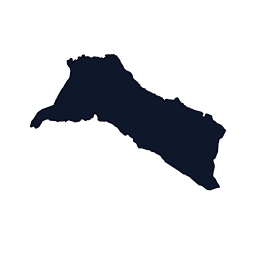 Golakonneh, Grand Cape Mount, Liberia, rotated 73°
{"feature_id": "62588387B70898832426748", "entity_name": "Golakonneh", "entity_type": "district", "adm_level": 2, "iso_a3": "LBR", "parent_name": "Liberia", "parent_adm1": "Grand Cape Mount", "projection": "natural_earth1", "projection_center": [-10.924, 7.106], "detail": "fine", "context": "isolated", "style": "filled", "palette": "ink", "viewbox_px": 256, "rotation_deg": 73, "n_neighbors": 0, "source": "geoboundaries", "source_scale": "gbopen_adm2", "svg_char_len": 5544}
<svg xmlns="http://www.w3.org/2000/svg" viewBox="0 0 256 256"><g transform="rotate(73 128 128)"><path d="M98.4,220.4L98.5,219.6L98.1,217.8L98.6,217.1L99.4,216.8L100.5,216.4L101.1,215.9L100.8,214.5L100.5,213.7L100.4,213.0L100.2,212.7L99.7,212.0L99.1,211.4L98.7,211.2L97.6,209.6L96.6,208.8L96.0,208.0L96.0,207.8L95.7,206.6L95.5,204.6L95.4,203.5L95.5,202.3L95.5,201.9L96.5,200.5L97.6,200.1L98.0,199.0L98.6,197.3L99.2,196.0L99.3,195.9L99.5,194.7L100.1,194.1L101.1,193.5L100.9,192.0L101.1,191.3L101.3,190.6L101.4,190.2L101.8,189.1L102.1,188.0L101.9,187.0L101.8,186.4L102.6,186.0L103.1,185.7L103.3,185.7L103.1,184.7L102.5,183.1L103.0,181.3L103.9,180.6L104.6,179.2L104.9,178.7L105.2,178.1L106.2,177.3L106.6,176.1L106.9,172.4L106.4,171.4L105.6,170.7L105.4,170.2L105.5,169.2L106.1,168.4L106.3,168.0L106.4,167.8L107.4,167.0L108.2,166.5L108.3,166.0L108.0,165.5L107.8,164.6L107.8,163.8L108.2,162.4L108.3,162.5L108.3,161.9L107.9,161.4L107.5,160.9L107.5,159.6L107.3,158.7L106.7,158.1L105.1,157.1L103.7,156.2L103.7,155.8L104.4,155.5L104.9,154.7L105.4,153.8L106.6,153.6L107.1,153.5L108.2,153.4L109.0,152.9L110.2,153.7L111.0,153.9L111.7,153.8L112.7,152.9L113.6,150.7L113.7,149.9L114.4,148.7L114.5,147.4L115.0,146.2L115.7,145.4L117.2,144.0L118.2,142.4L118.4,142.2L119.2,141.6L120.2,140.5L120.8,140.3L121.3,140.1L122.2,139.5L122.3,139.4L122.5,139.2L123.6,137.9L125.3,137.1L125.6,137.0L126.1,136.8L127.3,136.4L128.7,136.1L129.9,135.4L130.4,135.0L132.2,133.9L133.4,133.3L133.8,132.5L134.0,132.2L133.5,131.1L133.3,130.5L134.2,129.2L136.6,128.2L137.2,127.9L137.8,127.0L137.9,126.9L138.4,126.2L139.6,125.9L140.9,125.9L141.9,126.3L143.5,125.4L144.3,124.3L144.5,124.2L145.9,123.7L147.1,123.9L148.5,123.6L149.4,123.3L149.9,123.3L150.0,123.0L150.4,122.2L150.5,121.0L151.9,118.9L153.4,116.7L153.8,116.0L154.3,115.4L154.3,114.7L154.7,114.0L155.1,113.3L156.5,112.6L157.4,111.4L157.9,110.1L159.0,108.9L159.2,109.0L159.9,108.4L160.4,107.9L162.0,106.4L163.5,104.6L164.3,104.4L165.4,104.2L166.2,103.9L167.6,103.3L167.8,103.2L168.6,102.6L169.8,102.0L170.9,102.1L171.7,101.3L173.1,100.2L177.0,96.9L177.7,96.3L180.8,93.7L184.2,90.9L184.7,90.6L186.0,89.6L187.8,88.3L188.8,86.3L190.7,85.0L191.4,84.1L192.3,82.9L192.6,82.8L194.4,81.9L197.3,80.0L200.0,78.4L202.0,77.1L203.1,76.2L203.7,74.7L205.1,73.4L205.5,72.9L207.3,71.8L208.9,70.8L209.5,70.2L209.8,69.9L209.9,69.7L210.6,68.3L211.0,66.7L210.8,65.2L210.8,63.1L210.6,61.7L210.8,60.2L211.0,58.1L209.7,58.2L208.4,58.5L206.8,59.1L204.5,59.5L203.6,59.6L202.6,59.7L201.8,60.3L201.8,60.1L201.6,60.2L199.7,61.2L197.8,61.1L197.4,60.9L195.3,59.9L192.8,58.5L190.4,57.1L189.6,56.9L188.8,56.6L186.4,56.7L185.0,56.7L184.1,56.6L182.7,55.9L182.0,54.3L182.0,53.8L176.7,49.5L169.3,46.7L164.8,44.0L164.3,40.9L159.0,35.8L158.8,35.6L157.5,36.5L155.8,37.0L153.0,38.2L152.1,39.2L151.2,40.1L150.3,41.5L149.3,42.2L147.7,42.9L146.3,44.3L145.0,45.0L143.7,45.0L142.4,44.9L140.8,44.9L139.9,46.1L139.5,46.9L138.7,47.4L137.8,48.8L138.0,49.7L139.6,50.8L140.1,51.4L140.1,52.2L139.4,53.3L138.5,53.9L137.7,53.9L137.0,53.0L136.0,52.4L134.7,53.2L133.1,55.7L131.5,58.5L130.1,60.3L129.3,61.1L128.7,61.7L127.9,63.3L127.1,63.6L126.6,64.5L126.0,65.5L125.0,66.4L123.8,66.9L122.5,68.4L121.0,68.4L120.2,69.6L119.6,70.2L118.5,70.7L117.9,70.7L117.2,71.0L116.0,71.5L115.0,71.5L114.0,71.8L113.6,72.8L113.9,73.9L114.7,74.7L114.9,75.8L115.3,76.9L114.4,77.8L113.8,79.4L113.7,79.5L113.0,81.2L112.2,82.4L112.0,83.4L112.2,83.9L113.0,84.3L113.4,84.6L113.2,85.3L112.5,85.7L110.8,86.3L109.5,86.8L109.1,87.2L108.6,88.2L107.9,88.4L107.4,88.9L107.3,89.7L106.1,90.7L105.3,92.1L104.6,92.3L104.0,92.5L103.7,92.5L103.4,93.1L103.2,94.1L102.8,94.5L101.8,95.1L101.2,95.9L100.4,96.6L99.4,97.9L98.0,99.5L97.0,100.2L96.0,100.3L95.2,101.3L94.4,102.8L93.2,103.3L92.0,104.5L90.7,104.4L89.9,104.4L89.4,105.5L89.0,106.0L88.0,105.5L87.7,105.6L85.8,106.9L84.0,108.1L82.5,108.8L81.8,109.2L80.8,109.1L79.7,108.9L78.0,109.0L76.4,109.6L75.1,110.4L74.7,111.1L73.4,112.5L72.6,113.6L71.6,113.9L70.7,114.5L69.8,114.9L68.6,114.9L66.7,115.2L65.4,115.7L63.0,116.3L61.7,116.4L60.7,116.4L59.4,117.0L56.8,117.8L55.7,118.3L55.2,119.5L53.8,120.2L53.9,121.1L53.4,122.0L53.4,123.4L52.7,124.6L52.1,126.9L52.0,128.1L52.4,128.1L53.0,127.9L53.4,127.6L54.0,127.7L54.2,128.2L54.2,129.2L54.2,129.8L54.7,130.4L54.9,130.7L55.1,131.0L54.4,131.7L53.9,132.7L53.3,132.8L53.6,133.9L53.7,134.3L53.2,134.8L52.4,135.3L51.9,136.0L51.5,136.6L51.4,137.5L51.3,138.2L50.8,138.6L50.2,139.8L50.7,140.5L50.9,140.9L50.8,141.2L50.6,141.5L50.6,142.1L50.5,143.3L50.2,143.9L49.3,144.2L49.2,144.8L48.5,145.3L48.1,145.7L48.4,146.6L48.1,147.5L47.5,148.3L46.8,148.8L45.8,148.6L45.4,149.0L45.5,150.4L46.0,150.8L46.6,150.8L46.9,151.2L47.1,151.8L46.7,152.7L46.1,153.6L46.0,154.5L46.1,154.8L46.6,154.9L47.2,154.9L47.7,155.4L48.1,156.0L48.5,157.0L48.8,158.2L47.7,158.5L47.9,159.1L48.5,159.5L48.9,159.7L48.5,160.3L48.6,160.8L49.1,161.3L49.7,162.0L49.7,162.5L49.4,162.7L48.7,162.6L48.1,162.2L46.4,161.5L45.4,161.7L45.0,162.3L45.3,163.0L45.9,163.7L46.4,164.4L46.2,165.1L46.0,165.7L46.1,166.1L46.3,166.4L47.7,166.6L49.0,167.0L49.9,166.8L51.2,166.5L52.9,165.7L53.7,165.5L54.4,165.6L55.2,165.6L56.5,165.6L57.0,165.8L57.9,166.3L59.7,167.1L60.7,167.5L61.0,167.7L62.4,168.4L63.3,169.0L64.2,170.1L65.4,172.0L67.2,174.0L68.8,175.9L69.0,176.1L69.9,176.8L71.1,178.4L72.1,179.9L72.2,180.0L76.2,184.3L78.2,186.2L79.2,187.1L80.6,188.7L81.9,189.7L83.5,191.2L84.7,191.5L85.1,194.9L85.6,204.7L87.2,209.6L91.7,214.8L94.0,218.2L94.9,218.3L95.6,219.0L96.0,219.4L96.4,219.4L96.9,219.7L97.1,220.0L97.5,220.4L98.2,220.4L98.4,220.4Z" fill="#0f172a" stroke="#020617" stroke-width="1.5"/></g></svg>